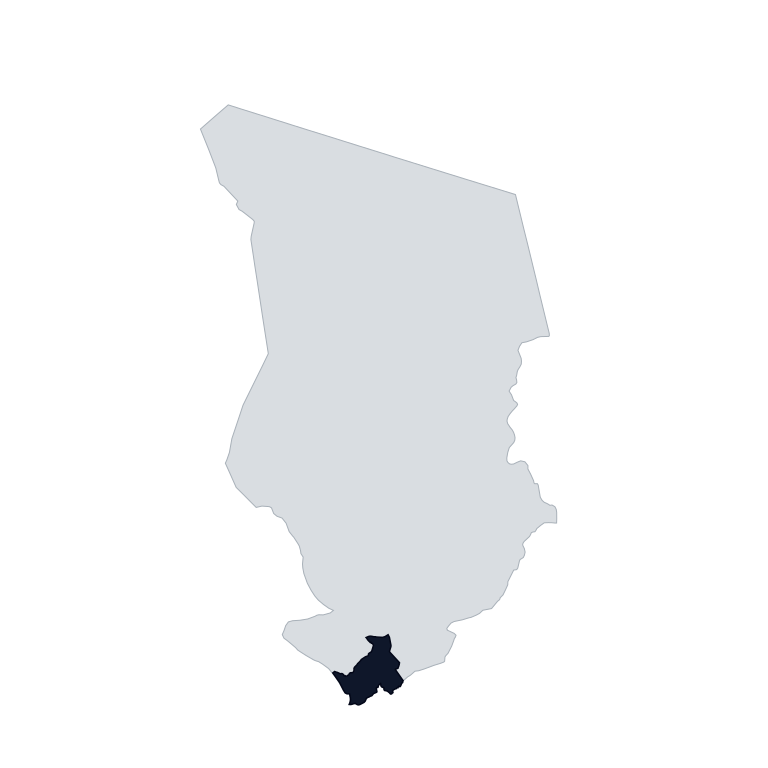 where Logone Oriental sits in Chad, rotated 347°
{"feature_id": "TCD-1485", "entity_name": "Logone Oriental", "entity_type": "Prefecture", "adm_level": 1, "iso_a3": "TCD", "parent_name": "Chad", "parent_adm1": "", "projection": "natural_earth1", "projection_center": [16.421, 8.298], "detail": "fine", "context": "in_parent", "style": "filled", "palette": "ink", "viewbox_px": 768, "rotation_deg": 347, "n_neighbors": 0, "source": "natural_earth", "source_scale": "10m", "svg_char_len": 6767}
<svg xmlns="http://www.w3.org/2000/svg" viewBox="0 0 768 768"><g transform="rotate(347 384 384)"><path d="M554.7,229.0L554.9,246.1L555.1,263.3L555.4,280.4L555.6,297.6L555.8,314.7L555.9,331.8L556.1,349.0L556.3,366.1L556.4,371.8L556.0,374.0L555.8,374.3L555.2,374.7L547.4,373.1L544.0,373.1L539.2,374.3L532.2,375.0L527.7,374.8L524.6,377.7L522.1,381.3L523.4,389.8L523.1,392.6L522.2,395.5L520.1,398.0L518.0,400.0L516.7,401.8L515.1,405.6L514.0,407.4L514.1,409.9L513.8,412.4L512.5,413.7L509.2,414.7L507.1,415.8L505.5,417.7L504.3,419.0L504.9,420.8L505.8,423.2L506.3,427.0L506.6,429.2L508.2,431.0L509.2,432.3L509.6,433.9L508.6,435.2L504.7,438.0L503.1,439.0L501.3,440.4L500.6,440.9L497.7,443.5L496.2,445.9L495.5,447.8L495.6,450.5L497.1,454.5L498.7,457.8L499.4,460.4L499.7,463.2L499.6,465.8L498.8,468.2L497.3,470.2L491.8,474.1L489.2,478.5L487.0,483.7L486.5,486.5L487.1,488.4L488.3,490.0L489.9,490.8L492.3,491.1L496.2,490.2L499.9,489.6L503.8,491.5L505.9,495.9L505.1,499.1L506.6,504.9L508.0,511.9L507.9,514.2L508.5,515.1L511.0,515.6L511.5,517.2L510.8,529.5L511.9,533.0L513.6,535.4L515.4,536.7L517.3,538.3L518.3,539.5L520.5,539.7L522.9,542.0L523.6,544.9L523.4,547.8L522.0,554.1L520.9,558.3L519.5,558.0L516.6,557.0L513.1,556.1L508.9,555.3L504.8,557.0L500.4,559.2L499.0,560.9L497.8,561.9L495.8,561.7L494.1,562.0L493.1,563.5L491.5,565.3L485.2,568.9L483.8,570.2L483.0,571.5L483.0,572.9L483.7,575.8L483.7,579.5L482.3,582.4L480.7,584.4L478.8,585.1L477.2,585.6L476.2,586.8L472.9,593.5L471.5,594.7L468.5,594.5L460.2,604.5L459.4,607.5L456.3,611.6L452.5,616.3L449.0,618.5L448.7,619.4L447.8,620.3L445.7,621.3L438.3,627.0L429.4,626.7L425.5,629.0L421.7,630.0L416.1,631.0L414.4,630.9L407.3,631.4L398.9,631.2L395.6,632.0L392.6,634.2L390.4,636.1L390.1,636.7L390.4,637.5L390.3,638.1L396.2,642.7L397.7,645.0L396.2,647.2L395.5,647.5L395.4,647.7L394.4,649.4L391.0,654.6L385.8,660.8L383.1,662.6L382.0,663.7L380.7,667.8L379.7,668.4L376.1,668.9L369.0,669.4L359.2,670.7L353.2,671.2L349.6,670.8L344.4,673.6L342.5,674.3L341.4,674.6L336.3,677.3L332.0,681.6L330.5,682.4L324.5,684.2L322.2,687.1L321.1,687.4L317.2,683.5L314.6,680.0L313.3,676.4L313.1,675.3L312.4,675.5L310.3,677.1L308.5,678.9L307.7,682.3L301.5,684.6L296.2,686.5L293.8,689.0L290.0,690.3L285.3,689.8L281.6,688.7L278.0,688.4L279.7,685.3L280.4,683.0L280.6,680.2L280.3,678.3L278.1,677.3L276.8,675.8L273.7,666.9L270.5,657.8L266.0,648.8L261.1,643.1L257.6,639.6L256.5,639.1L254.7,638.0L253.4,637.0L246.9,630.9L240.2,624.0L238.5,620.9L235.1,616.3L231.4,611.5L229.4,609.3L228.5,605.3L231.1,601.8L233.9,597.3L237.3,594.3L241.7,594.1L249.0,595.3L256.8,595.8L264.6,594.8L266.6,594.2L268.6,594.2L272.8,595.3L280.1,595.0L283.8,593.2L279.8,590.1L275.4,585.2L271.4,579.8L268.9,575.0L266.6,568.7L264.5,560.9L263.3,550.8L263.5,545.1L264.1,541.1L266.3,534.4L264.9,530.6L265.2,527.4L265.0,522.8L264.3,520.4L261.5,512.7L260.9,511.8L258.4,506.5L257.3,497.6L254.5,491.7L250.0,488.8L247.4,485.4L246.5,479.3L244.7,477.7L237.6,475.5L231.7,475.5L227.4,468.6L221.9,459.7L216.7,451.5L213.5,435.0L211.6,425.5L213.8,422.6L218.0,415.9L223.5,403.0L235.7,383.1L241.9,372.9L254.3,357.7L269.6,339.0L278.1,328.4L279.5,309.2L281.0,288.9L282.2,273.5L283.6,255.3L284.7,240.1L285.6,229.0L286.8,213.3L287.8,210.3L293.7,197.9L294.2,196.3L293.1,194.2L284.6,183.7L282.0,181.4L280.5,175.9L282.7,172.9L272.5,155.3L270.0,153.1L268.9,151.0L268.8,147.8L268.7,135.6L266.0,116.5L262.5,94.3L274.4,87.9L283.4,83.1L295.0,77.0L305.6,83.3L321.1,92.4L336.6,101.5L352.0,110.6L367.5,119.7L383.1,128.8L398.6,137.9L414.1,147.0L429.7,156.1L445.3,165.3L460.9,174.4L476.5,183.5L492.1,192.6L507.7,201.7L523.4,210.8L539.1,219.9L554.7,229.0Z" fill="#d9dde1" stroke="#a8b0b8" stroke-width="1"/><path d="M335.9,677.4L335.4,677.9L335.2,678.3L335.1,679.0L334.9,679.2L334.6,679.2L334.4,679.2L333.8,679.8L332.6,681.5L332.0,682.2L331.5,682.5L331.3,682.5L331.1,682.3L330.8,682.0L330.1,681.8L329.7,682.2L329.5,682.6L329.5,682.9L329.4,683.1L328.4,682.9L328.1,682.9L327.8,683.2L327.6,683.6L326.9,683.5L325.5,683.8L324.2,684.2L323.7,684.5L323.4,685.0L323.1,685.8L323.1,686.1L323.3,686.2L323.4,686.4L323.3,686.7L323.2,686.8L322.9,686.7L322.1,687.4L322.0,687.5L321.7,687.6L321.0,687.7L320.5,687.4L319.8,686.0L318.6,684.4L317.8,683.7L317.0,683.3L315.8,682.9L315.4,682.4L315.3,681.6L315.3,681.1L315.5,680.7L315.6,680.3L315.4,679.8L315.1,679.5L314.8,679.3L314.5,679.2L314.2,679.1L313.6,678.6L313.3,678.0L313.1,677.3L313.3,676.2L313.3,675.8L313.3,675.5L313.3,675.1L312.0,675.6L311.4,675.9L310.9,676.4L310.6,676.8L310.2,677.8L310.0,678.1L309.6,678.3L309.3,678.1L309.0,678.0L308.6,678.0L308.1,678.4L307.9,679.3L307.9,681.9L307.8,682.4L307.4,682.7L304.5,683.2L303.8,683.5L302.7,684.5L302.0,685.0L301.3,685.1L300.5,685.1L299.4,685.5L297.3,685.8L296.6,686.1L296.0,686.4L295.6,687.0L294.8,688.2L294.4,688.7L293.3,689.5L292.7,689.8L288.4,690.9L287.2,691.0L285.9,690.5L284.2,688.7L282.8,688.6L280.4,688.9L279.2,688.8L278.0,688.4L279.4,686.4L280.3,684.3L280.7,682.0L280.7,678.1L280.0,677.9L279.0,677.7L278.3,677.6L276.7,676.3L275.6,673.2L273.6,664.9L269.1,654.0L269.7,653.7L271.2,653.0L272.5,653.9L273.7,654.5L276.0,656.3L276.4,656.6L277.2,656.5L277.8,656.7L278.1,656.8L278.3,657.0L278.4,657.3L278.7,657.6L279.1,657.8L279.3,658.0L279.3,658.5L279.2,658.8L279.2,659.0L279.3,659.3L279.5,659.4L279.7,659.5L279.9,659.5L280.3,659.5L280.6,659.5L280.7,659.9L280.8,660.2L281.0,660.3L282.4,660.1L282.6,660.1L283.0,659.8L283.1,659.7L283.3,659.7L283.9,659.6L284.1,659.6L284.6,659.1L285.0,658.5L285.1,658.3L285.2,658.2L285.9,658.0L286.2,657.8L286.5,657.8L288.2,658.1L288.8,658.1L289.0,658.1L289.2,657.9L290.3,656.4L290.5,656.1L290.5,655.9L290.5,655.7L290.8,654.3L291.6,653.3L294.5,651.5L295.3,650.6L295.5,650.4L295.9,650.3L298.4,648.7L300.0,647.3L304.6,645.6L307.2,645.3L307.7,645.0L308.1,643.6L308.7,643.1L309.4,642.8L310.1,642.6L311.3,642.1L312.1,641.3L314.9,636.4L314.8,635.6L314.7,635.0L314.4,634.5L314.0,633.9L313.8,633.9L313.6,633.9L313.3,633.7L313.2,633.5L313.2,632.9L313.1,632.6L312.9,632.6L312.5,632.6L312.3,632.6L312.1,632.1L312.0,631.9L311.3,631.0L310.7,629.8L310.6,629.7L310.4,629.2L310.1,628.2L310.0,627.9L309.7,627.4L309.5,627.0L310.1,626.9L312.2,626.5L313.1,626.5L313.9,626.6L315.4,627.1L316.7,627.7L317.2,628.0L318.9,628.4L319.9,628.9L325.5,630.5L326.3,630.5L328.1,630.4L331.6,629.2L332.2,631.6L332.3,632.0L332.0,640.1L331.8,641.0L331.5,641.7L329.7,644.8L329.2,645.9L329.3,646.4L329.4,646.7L336.4,659.0L336.4,659.3L336.1,659.5L335.9,659.7L335.8,659.9L335.7,660.7L335.7,660.9L335.6,661.0L335.4,661.3L335.2,661.6L335.0,661.9L334.7,662.6L334.2,663.1L334.1,663.3L333.9,663.8L333.8,664.0L333.6,664.1L333.3,664.2L333.1,664.2L332.7,664.2L332.3,664.2L331.8,664.4L331.2,664.4L331.0,664.5L330.9,664.7L330.8,664.9L330.8,665.1L330.9,665.3L331.0,665.4L331.1,665.5L335.9,677.4L335.9,677.4Z" fill="#0f172a" stroke="#020617" stroke-width="1.5"/></g></svg>